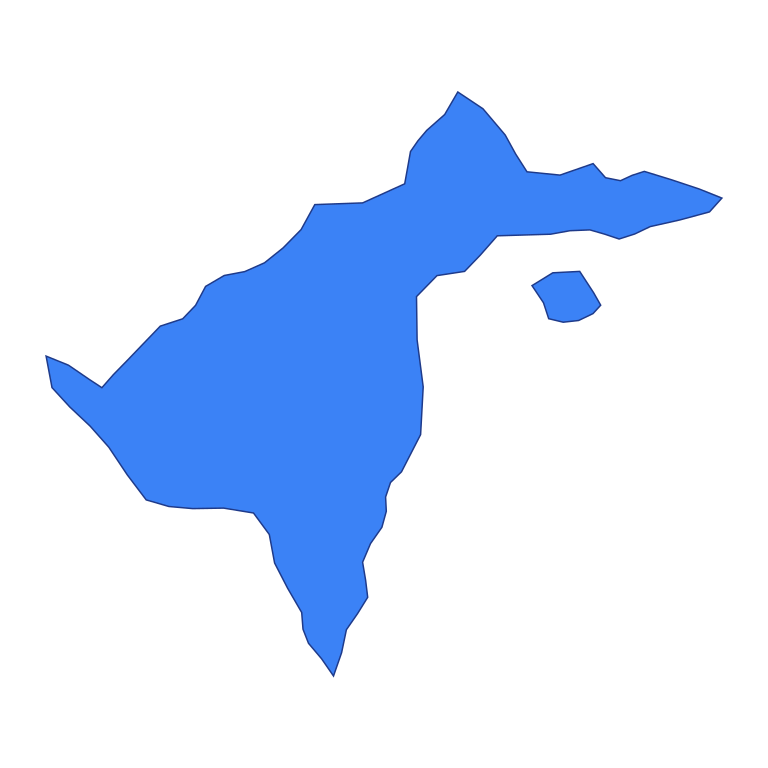 Abşeron, Mercator projection
{"feature_id": "AZE-1690", "entity_name": "Abşeron", "entity_type": "District", "adm_level": 1, "iso_a3": "AZE", "parent_name": "Azerbaijan", "parent_adm1": "", "projection": "mercator", "projection_center": [49.385, 40.295], "detail": "fine", "context": "isolated", "style": "filled", "palette": "blue", "viewbox_px": 768, "rotation_deg": 0, "n_neighbors": 0, "source": "natural_earth", "source_scale": "10m", "svg_char_len": 1302}
<svg xmlns="http://www.w3.org/2000/svg" viewBox="0 0 768 768"><path d="M192.7,508.6L168.9,506.5L146.2,499.9L127.3,474.9L108.8,447.2L90.1,426.1L69.8,407.0L52.0,387.6L46.1,356.1L68.5,365.2L89.4,379.5L101.9,387.7L113.5,374.5L127.8,359.9L141.9,345.2L160.3,326.1L182.7,318.8L195.6,305.3L205.6,286.4L224.2,275.5L244.7,271.6L264.5,262.8L283.1,247.9L301.1,229.6L314.8,204.6L362.6,202.9L404.7,183.8L407.6,167.8L410.5,151.5L418.0,140.7L426.7,130.4L444.7,114.5L457.8,92.0L483.0,108.8L505.2,135.0L515.7,154.1L527.0,171.8L560.0,175.1L593.1,163.6L605.5,177.7L620.5,180.7L632.2,175.3L644.3,171.4L671.6,179.8L699.2,189.0L721.9,198.1L709.5,211.9L680.0,219.9L650.2,226.6L634.7,234.0L619.1,239.0L604.8,234.2L589.9,229.9L570.0,230.7L550.6,234.2L497.3,235.8L480.4,255.0L464.6,271.4L437.0,275.6L416.5,296.6L417.1,339.8L423.2,386.9L420.6,434.6L401.5,471.8L390.5,482.5L385.6,497.0L386.3,511.3L381.9,527.3L370.5,543.6L362.6,562.2L365.6,580.1L367.7,597.3L357.5,613.7L346.4,629.7L341.6,652.7L333.5,676.0L321.6,658.8L308.5,643.3L303.0,629.2L301.7,612.5L287.6,588.2L274.6,563.0L269.3,534.5L253.5,513.0L223.6,508.1L192.7,508.6ZM563.2,322.2L548.7,318.7L543.5,302.8L533.8,288.3L532.0,285.6L552.8,272.8L579.7,271.4L593.6,292.7L600.7,305.2L593.0,313.6L578.6,320.5L563.2,322.2Z" fill="#3b82f6" stroke="#1e3a8a" stroke-width="1.5"/></svg>